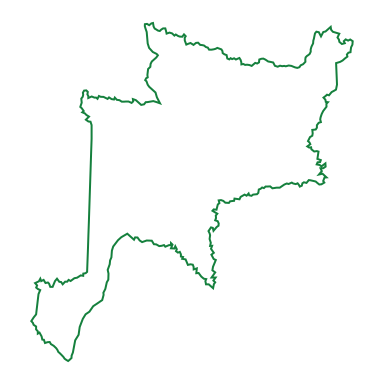 the district of Soledade, Rio Grande do Sul, Brazil
{"feature_id": "56859067B52528127445060", "entity_name": "Soledade", "entity_type": "district", "adm_level": 2, "iso_a3": "BRA", "parent_name": "Brazil", "parent_adm1": "Rio Grande do Sul", "projection": "robinson", "projection_center": [-52.521, -28.89], "detail": "fine", "context": "isolated", "style": "outline", "palette": "green", "viewbox_px": 384, "rotation_deg": 0, "n_neighbors": 0, "source": "geoboundaries", "source_scale": "gbopen_adm2", "svg_char_len": 5597}
<svg xmlns="http://www.w3.org/2000/svg" viewBox="0 0 384 384"><path d="M308.0,141.1L310.0,137.1L312.3,135.7L312.7,133.3L312.3,129.9L315.7,129.5L316.9,127.7L316.9,125.2L318.7,122.8L320.9,122.1L320.2,119.4L320.6,117.3L321.7,114.0L323.2,111.0L326.5,106.7L326.4,103.8L327.9,102.2L325.8,101.9L325.4,99.7L323.5,97.6L325.6,96.0L327.0,94.7L329.0,95.3L331.6,92.1L334.0,90.8L336.0,89.6L337.0,84.6L336.1,63.1L340.1,61.9L342.6,60.5L345.1,58.3L347.4,56.6L346.9,54.5L348.4,52.7L350.5,52.2L350.7,50.1L351.1,47.3L352.4,44.7L352.7,41.2L350.2,39.5L348.1,40.6L345.7,39.4L343.8,41.2L344.8,43.2L341.9,44.0L339.4,41.9L338.9,39.5L337.5,37.5L339.3,33.7L332.9,31.8L331.1,29.7L330.7,26.9L325.5,31.5L323.3,32.0L321.0,36.4L318.8,32.2L316.4,31.7L315.0,33.4L314.4,36.2L313.9,38.7L313.3,40.7L313.1,43.4L311.5,46.6L310.7,49.3L310.7,51.7L309.7,53.9L308.4,55.0L306.9,56.0L305.6,57.4L305.3,59.3L305.4,61.8L303.1,64.2L300.7,65.3L299.4,67.2L297.3,67.9L295.1,67.4L293.1,66.6L291.4,65.9L288.7,65.5L285.8,66.3L284.2,65.9L282.2,66.2L280.0,65.7L277.7,66.7L274.9,65.8L273.2,62.5L270.0,61.8L268.2,61.5L265.4,59.6L263.3,58.6L261.3,58.8L259.3,59.5L259.0,62.4L257.2,63.5L255.2,62.9L253.2,64.6L251.7,65.9L249.3,65.0L247.0,64.7L245.1,64.9L243.3,64.0L241.4,64.4L241.3,62.2L240.6,59.9L239.4,58.0L237.7,58.7L235.9,59.5L234.1,58.3L232.1,59.1L230.6,58.2L229.3,59.4L227.3,58.5L226.6,55.1L224.4,54.3L222.7,53.1L222.4,51.0L221.4,49.4L219.8,48.8L217.3,47.9L215.6,48.8L213.8,49.3L211.4,49.7L209.1,49.7L207.8,47.6L206.0,47.1L204.0,45.5L202.2,45.1L200.2,44.9L198.1,42.7L196.0,42.9L193.5,44.9L190.5,43.0L188.2,43.8L186.3,44.6L185.6,42.7L184.8,40.6L184.7,37.8L185.7,36.2L184.0,34.4L182.3,36.7L179.8,36.6L178.1,36.0L175.8,34.5L174.4,35.6L172.1,33.4L169.5,32.6L166.6,33.6L166.1,31.3L165.3,28.4L163.1,28.4L161.2,29.6L159.8,31.0L158.0,30.6L156.3,29.5L154.7,28.6L153.6,26.5L153.0,23.0L151.4,23.4L149.2,25.2L147.0,23.9L144.9,24.2L144.8,26.1L145.4,28.2L146.7,32.0L147.7,43.5L149.1,47.9L152.8,52.0L156.6,53.9L157.9,55.3L156.3,57.5L151.8,61.5L150.6,63.9L150.3,66.9L148.1,69.0L147.4,75.0L147.7,77.4L146.2,78.2L145.2,80.1L146.5,81.3L147.7,84.7L149.2,86.8L155.5,92.5L156.9,97.3L160.0,103.3L156.6,102.1L153.3,101.1L147.5,102.1L145.7,102.2L144.1,104.3L141.2,104.9L135.8,100.1L132.9,99.1L133.2,101.4L131.6,102.9L128.5,101.5L126.2,101.5L123.7,101.7L121.8,101.7L119.5,100.2L116.8,99.8L114.8,97.6L114.0,99.5L111.6,99.1L109.0,97.4L107.6,98.9L103.5,96.9L100.7,96.8L98.9,96.0L97.5,98.8L96.1,97.6L94.4,97.6L91.7,96.5L88.3,98.0L88.3,96.0L87.4,94.4L87.8,91.9L86.3,90.4L84.1,90.6L82.9,92.7L83.2,94.8L82.7,96.8L81.3,98.6L81.7,102.7L80.3,106.9L81.8,108.3L83.7,111.0L82.3,112.3L84.9,113.4L86.3,114.9L89.0,116.6L85.9,119.7L88.4,121.5L90.5,121.7L91.6,125.1L91.6,138.8L91.1,153.4L88.9,221.2L88.4,235.2L88.0,247.6L87.1,271.9L85.6,273.2L83.3,273.6L83.2,275.8L80.7,275.4L77.1,277.7L74.4,278.2L70.6,281.0L68.6,279.9L67.2,281.7L65.1,281.7L62.7,284.3L61.1,282.0L59.3,281.8L57.0,278.7L55.0,281.1L52.6,286.9L50.3,286.9L49.1,283.7L47.9,282.5L45.5,283.0L43.6,279.9L41.2,281.1L40.3,278.7L38.9,281.3L35.1,283.1L37.1,285.4L36.2,287.6L37.9,289.0L40.2,290.1L38.5,294.1L36.1,314.4L33.7,317.4L31.3,321.1L32.9,322.9L33.6,324.8L36.1,326.5L36.1,329.4L37.8,331.3L37.8,333.6L39.5,332.6L41.6,336.4L42.3,339.6L43.9,339.8L45.0,343.0L47.5,342.2L49.7,342.0L50.9,344.1L53.7,345.8L56.2,348.2L57.4,349.9L58.3,351.9L59.7,353.1L61.3,354.7L63.4,356.9L64.6,358.7L66.0,359.7L68.1,361.0L69.5,359.9L71.5,358.0L71.6,355.7L72.9,352.5L75.2,340.3L78.6,334.8L79.7,327.0L82.8,318.9L85.6,314.3L89.4,311.7L93.2,306.2L102.2,300.1L103.6,294.9L103.4,292.7L105.3,289.0L106.8,282.3L108.3,279.7L108.5,273.6L107.7,269.9L109.7,264.3L110.1,260.4L111.4,257.4L111.9,250.6L113.2,246.5L118.0,240.2L121.3,237.2L127.3,233.7L134.0,239.7L135.1,237.4L137.5,237.5L139.7,240.5L142.1,242.1L146.7,240.5L151.8,240.7L153.9,244.2L156.3,244.4L159.2,246.1L161.7,245.8L164.0,245.1L165.3,246.7L169.1,245.1L170.9,245.2L171.0,243.1L172.5,244.6L171.0,248.3L174.4,248.5L175.3,246.3L176.8,249.2L176.0,251.2L177.9,252.6L179.8,251.9L180.9,254.3L180.9,256.5L183.0,257.0L182.2,258.8L185.6,259.4L187.9,264.9L190.5,264.3L192.8,264.7L193.6,266.8L193.7,269.4L196.8,268.4L196.3,273.2L198.6,273.0L201.3,276.6L203.8,278.7L206.2,279.1L205.4,281.1L206.0,284.3L208.7,284.3L213.1,288.2L213.9,284.1L215.2,282.3L213.4,280.6L215.6,277.5L211.6,277.5L215.2,272.4L212.4,270.3L213.0,266.8L215.8,260.0L213.7,259.0L211.4,254.7L213.8,252.8L211.0,248.8L212.1,245.8L210.1,245.9L210.8,242.8L209.6,239.0L210.1,235.2L209.6,233.3L208.5,231.1L211.0,227.4L212.8,227.9L213.5,230.8L216.7,227.0L218.5,225.7L218.7,223.4L217.7,221.2L215.2,220.3L216.0,218.1L215.8,215.5L217.3,213.7L212.5,210.8L213.7,209.4L216.5,209.7L217.8,204.5L219.4,203.1L218.7,200.4L221.0,200.1L223.3,200.9L225.3,202.7L228.9,202.9L230.1,201.3L234.1,200.8L234.5,198.6L239.5,199.3L240.6,196.9L244.6,194.6L246.6,195.7L248.6,193.5L249.2,195.3L251.5,195.8L253.1,194.6L257.0,194.2L258.3,192.9L258.8,189.5L260.6,188.8L262.1,187.5L263.9,188.1L265.6,186.5L267.8,186.5L270.2,186.4L272.4,188.3L276.4,187.7L279.7,187.7L284.4,184.5L286.8,183.5L288.6,184.0L291.8,182.6L293.2,183.5L295.8,184.1L297.6,183.3L298.9,184.9L299.8,186.6L301.8,185.7L302.4,183.3L303.9,182.3L306.5,182.9L308.8,180.1L310.5,180.3L313.6,181.0L315.7,181.5L317.4,183.0L319.3,184.5L321.4,184.3L324.3,182.6L323.2,181.0L324.5,177.6L326.5,177.4L322.5,173.7L319.0,174.5L321.8,171.1L320.5,168.3L323.3,168.2L325.6,166.6L325.4,163.4L321.4,166.4L319.7,165.0L316.7,164.4L317.6,162.3L320.1,162.1L320.8,160.1L317.4,158.9L318.5,151.6L316.9,151.1L314.2,151.5L311.4,149.3L311.1,147.3L309.2,147.6L307.3,146.4L310.3,144.2L309.5,142.5L308.0,141.1Z" fill="none" stroke="#15803d" stroke-width="2"/></svg>